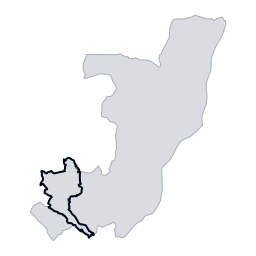 Niari on a map of Republic of the Congo (Albers equal-area conic projection)
{"feature_id": "COG-3345", "entity_name": "Niari", "entity_type": "Region", "adm_level": 1, "iso_a3": "COG", "parent_name": "Republic of the Congo", "parent_adm1": "", "projection": "albers", "projection_center": [12.665, -3.355], "detail": "fine", "context": "in_parent", "style": "outline", "palette": "ink", "viewbox_px": 256, "rotation_deg": 0, "n_neighbors": 0, "source": "natural_earth", "source_scale": "10m", "svg_char_len": 8227}
<svg xmlns="http://www.w3.org/2000/svg" viewBox="0 0 256 256"><path d="M30.3,212.4L31.8,208.4L33.0,206.5L34.3,205.2L40.0,202.1L40.8,202.2L44.7,206.3L45.9,206.6L47.3,206.5L48.9,206.6L49.7,205.8L49.8,204.8L48.7,203.6L48.5,202.3L49.3,201.0L49.8,199.4L51.0,197.6L51.1,196.8L49.8,195.9L47.2,194.5L45.4,193.1L44.7,191.8L45.2,190.2L46.7,188.8L46.6,188.1L45.3,186.9L44.4,185.6L43.4,184.8L40.8,184.3L41.3,182.5L42.3,180.0L42.5,178.0L41.8,172.8L41.8,171.9L42.5,171.4L44.1,172.0L45.7,172.8L50.0,171.7L51.5,171.5L52.7,172.5L54.5,173.2L64.4,171.1L64.6,168.9L65.2,166.9L65.2,165.4L64.8,164.5L64.3,163.7L64.0,162.3L64.0,160.7L65.0,159.9L68.1,158.0L69.1,158.1L71.3,159.1L73.4,160.7L75.3,164.2L76.5,167.1L78.6,170.7L82.9,172.1L88.1,173.0L90.9,172.8L94.8,169.8L97.1,167.4L97.8,166.1L99.2,166.8L100.6,169.9L101.6,171.1L101.8,172.3L101.2,173.7L101.8,174.6L104.6,175.3L107.0,174.7L108.1,173.4L109.9,171.7L110.0,170.4L109.0,169.4L109.0,168.2L110.0,167.2L111.0,164.5L111.3,162.6L112.3,161.3L114.1,160.5L114.8,159.7L115.8,155.0L115.3,153.4L115.3,152.0L116.4,150.2L116.6,147.3L115.5,135.8L117.3,126.6L117.2,125.5L115.9,124.0L114.3,122.7L110.2,121.7L108.7,120.0L107.5,118.2L106.6,117.6L102.2,116.9L101.2,115.8L101.6,112.9L102.0,108.6L101.8,105.6L102.6,103.2L103.5,101.4L105.5,99.5L106.6,97.2L107.1,96.6L110.9,96.3L112.2,95.3L113.3,94.4L113.8,93.1L115.0,91.0L116.2,89.5L116.3,88.5L116.1,87.2L115.0,84.5L113.6,82.3L112.8,81.5L111.1,76.3L109.6,75.0L106.6,74.4L101.0,73.8L97.6,74.7L92.5,76.4L86.0,78.3L84.4,78.2L83.8,77.4L84.8,76.7L85.3,75.1L84.6,72.8L83.6,70.7L83.1,67.8L83.3,64.2L84.3,60.7L86.3,56.3L86.5,54.5L99.0,54.6L112.4,54.6L117.6,54.7L120.0,53.6L122.4,55.3L123.5,55.7L123.9,55.6L124.8,56.8L127.8,56.7L128.2,56.9L128.5,58.4L131.2,58.4L132.5,58.7L133.6,58.7L135.2,57.8L136.3,58.1L138.4,59.2L139.8,60.2L141.9,59.9L146.7,60.1L150.4,61.0L154.0,63.6L156.4,65.0L158.6,67.2L159.4,66.8L160.6,66.0L160.6,64.1L159.4,61.0L158.9,58.3L159.2,56.1L160.1,54.5L161.7,53.5L161.9,51.8L169.4,37.3L169.2,35.7L169.4,33.2L169.7,30.4L169.7,28.7L170.2,27.6L172.1,21.0L173.2,20.0L174.8,19.2L177.2,19.2L183.4,18.7L189.3,17.6L191.2,17.1L194.8,15.4L196.2,15.4L197.4,16.0L204.5,18.1L206.4,18.9L207.1,18.7L208.2,18.9L209.8,19.0L211.4,18.7L212.4,19.0L213.7,20.3L214.6,20.2L215.7,19.2L217.8,18.2L221.9,17.2L222.6,17.7L224.0,20.1L225.5,20.9L225.7,25.4L222.3,35.2L214.9,48.3L211.2,58.7L211.2,66.3L210.7,71.1L209.5,74.0L206.6,81.9L206.2,88.7L207.1,97.0L206.1,104.8L203.1,112.2L201.8,118.1L202.5,125.1L197.0,131.0L190.1,136.8L185.7,138.5L182.2,140.4L179.7,142.6L177.1,146.5L173.0,154.9L170.8,158.6L168.0,161.7L163.9,165.5L162.3,167.3L161.7,169.9L162.0,174.8L162.3,189.5L160.4,200.7L156.3,208.6L153.3,212.9L150.2,214.3L146.2,215.4L144.3,216.9L143.1,219.1L140.9,221.0L137.5,222.6L133.4,226.6L128.3,232.9L124.9,236.6L123.0,237.5L121.1,237.6L119.1,236.8L117.5,236.7L116.6,237.1L115.3,236.2L115.3,234.7L115.1,232.3L114.2,229.8L116.3,226.3L116.2,225.5L115.1,224.2L114.0,222.3L112.9,222.5L110.6,223.9L108.2,225.0L105.9,225.4L103.2,227.1L101.6,227.1L100.8,226.5L98.9,225.8L97.9,226.0L97.3,226.4L96.9,230.6L96.5,232.4L95.9,233.3L93.1,234.2L91.2,235.5L89.5,236.3L88.5,236.1L84.4,232.9L82.3,230.2L81.0,230.2L80.6,231.0L80.0,230.6L78.0,228.9L75.7,226.1L74.8,225.7L73.5,225.7L71.5,226.7L69.5,228.3L65.8,229.8L62.8,230.6L62.5,231.6L61.8,233.4L60.8,234.4L58.1,234.8L57.2,236.3L54.8,239.3L53.3,240.6L52.9,240.1L52.0,239.3L50.1,237.0L48.2,234.2L47.7,232.9L47.2,232.1L47.1,229.2L44.2,225.8L37.1,219.8L36.3,217.9L30.3,212.4Z" fill="#d9dde1" stroke="#a8b0b8" stroke-width="1"/><path d="M88.9,237.5L88.4,236.4L88.2,235.5L88.1,235.2L87.8,235.0L87.4,234.7L85.9,234.2L85.4,233.9L84.2,232.8L83.5,232.4L83.2,232.1L82.9,231.3L82.4,230.6L82.2,230.2L81.7,229.5L81.0,229.6L80.6,230.2L80.7,231.0L79.5,230.4L77.8,228.4L76.7,227.6L76.2,227.0L75.8,225.8L75.4,225.2L75.0,225.0L74.7,225.0L74.4,225.2L74.0,225.3L73.6,225.2L73.1,224.9L73.0,224.6L72.3,223.9L71.8,223.5L71.5,223.4L71.1,223.2L70.9,223.1L70.7,223.1L69.0,223.2L68.8,223.2L68.6,223.1L68.4,223.0L68.1,222.8L67.2,221.6L67.0,221.2L67.0,220.8L67.0,220.6L67.2,219.3L67.2,219.2L67.0,218.7L66.7,218.3L64.6,215.8L64.3,215.6L64.0,215.5L63.2,215.3L63.0,215.2L62.9,215.0L62.9,214.8L63.0,214.7L62.9,214.5L62.8,214.4L62.5,214.2L61.9,214.0L61.6,214.0L61.1,213.9L60.5,213.7L59.8,213.6L59.0,213.3L58.5,213.2L58.3,213.2L58.2,212.9L58.3,212.6L58.2,212.4L57.7,212.1L57.2,211.8L56.4,211.6L55.6,211.5L55.3,211.4L54.4,211.1L50.9,208.5L50.2,208.1L49.6,208.1L49.4,207.9L49.2,207.8L48.7,207.0L49.1,206.8L49.7,206.4L50.2,205.8L50.4,205.3L50.2,204.7L49.7,204.4L49.1,204.2L48.5,203.9L48.3,203.4L48.3,202.8L49.8,199.3L50.2,198.6L51.3,197.8L51.6,197.2L51.4,196.4L50.4,195.9L49.1,195.6L48.2,195.2L47.1,194.3L46.6,194.0L45.1,193.3L44.9,193.2L44.7,193.0L44.6,192.9L44.7,192.7L44.7,190.9L44.8,190.5L45.2,189.8L45.5,189.7L45.8,189.7L46.4,189.6L47.1,189.2L47.1,188.7L46.7,188.1L44.7,186.0L43.8,184.7L43.4,184.2L42.9,184.0L42.1,184.2L41.1,185.0L40.6,185.1L40.5,184.5L40.7,183.5L40.8,183.3L42.7,180.2L42.9,179.5L43.0,179.0L43.0,178.4L42.9,177.8L42.7,177.2L42.0,176.1L41.8,175.6L41.8,175.1L42.0,173.7L41.9,173.1L41.3,171.6L41.5,171.1L42.5,171.1L43.9,171.5L44.2,171.7L44.4,171.9L44.5,172.1L44.7,172.3L45.6,173.0L46.0,173.3L46.5,173.3L46.9,173.1L47.8,172.2L48.3,172.0L49.3,171.8L50.4,171.5L51.2,171.1L51.5,171.2L51.9,171.6L52.8,172.7L53.6,173.2L54.4,173.3L64.7,171.1L64.4,170.5L64.6,169.7L65.0,168.8L65.1,168.0L65.0,167.0L65.0,166.6L65.2,166.2L65.7,165.4L65.8,165.0L64.8,164.5L64.2,163.7L64.0,162.6L63.8,159.8L63.9,159.5L64.2,159.6L64.5,159.9L65.0,160.4L65.4,160.6L65.8,160.4L65.9,160.1L65.9,159.8L65.9,159.6L66.1,159.3L66.2,159.1L66.4,159.0L67.7,158.1L67.9,158.0L69.2,158.0L70.3,158.4L72.0,159.7L73.3,160.1L73.7,160.4L74.0,161.0L74.6,162.9L74.8,163.5L75.0,163.7L75.4,164.1L75.5,164.2L75.6,164.8L75.5,165.1L76.1,165.4L76.0,165.5L75.9,165.7L75.9,165.8L75.8,166.0L75.7,166.2L75.8,166.3L76.1,166.7L76.2,166.9L76.3,167.1L76.4,167.6L76.7,167.6L77.4,167.3L77.6,167.5L78.1,168.3L78.3,168.6L78.5,169.3L78.5,169.5L78.9,169.7L79.0,169.7L79.1,170.0L78.8,170.2L78.7,170.4L78.6,170.7L78.6,170.9L78.5,171.2L78.4,171.4L78.3,171.6L78.0,171.8L77.9,172.0L78.0,172.2L78.3,172.2L78.6,171.9L78.8,172.1L79.0,172.2L79.1,172.3L79.3,172.2L79.5,172.1L79.9,172.0L80.0,172.1L80.1,172.3L80.1,172.6L79.9,173.7L79.8,178.2L80.1,181.9L80.2,182.3L80.7,183.5L80.7,183.9L80.4,184.0L80.0,184.0L79.8,184.1L79.5,184.4L79.3,184.5L78.9,184.7L78.8,184.8L78.7,184.9L78.7,185.1L78.8,185.2L79.0,185.6L79.1,186.0L79.3,186.3L80.0,186.6L80.4,186.6L80.6,186.6L81.7,187.6L81.9,187.8L82.1,188.0L82.1,188.4L82.1,188.6L81.8,189.4L81.5,190.6L81.6,192.2L81.5,192.4L81.3,192.8L80.4,193.7L79.6,194.1L79.4,194.3L79.1,194.6L78.7,194.8L78.4,194.8L77.8,195.1L77.6,195.1L77.4,195.1L77.0,195.0L76.9,195.0L76.7,195.2L76.8,195.9L76.7,196.1L76.3,196.1L76.2,195.9L75.8,196.0L75.4,196.2L75.2,196.3L74.9,196.3L74.6,196.1L74.3,196.1L74.1,196.1L73.9,196.1L73.3,196.3L73.2,196.4L72.9,196.4L72.1,196.3L71.8,196.3L71.6,196.3L71.3,196.4L70.9,196.7L70.6,196.9L70.4,197.0L70.2,197.2L70.2,197.3L69.9,198.4L69.8,198.9L69.7,198.9L69.6,199.0L69.4,199.1L68.9,199.1L68.7,199.2L68.5,199.3L68.5,199.6L68.8,199.9L68.6,200.2L68.6,200.4L68.9,200.4L69.0,200.6L69.1,200.8L69.1,201.0L69.3,201.3L69.5,201.3L69.9,201.4L69.9,202.2L69.2,202.8L69.0,203.1L68.9,203.3L68.9,203.5L68.8,203.8L68.8,204.2L69.1,205.6L69.4,206.3L69.4,206.5L69.2,206.9L69.2,207.3L69.2,207.5L69.5,208.2L69.5,208.4L69.3,208.5L69.1,208.6L68.8,208.9L68.7,209.2L68.5,209.6L68.6,209.8L69.5,210.4L69.9,210.7L70.1,210.9L70.7,211.7L71.6,213.3L73.0,214.9L73.2,215.0L74.4,215.9L74.9,216.5L75.2,216.9L75.7,217.9L76.6,219.2L78.5,222.8L78.7,223.2L78.8,223.2L79.0,223.2L79.2,223.4L79.5,223.5L79.9,224.0L80.2,224.2L80.4,224.3L80.8,224.3L81.3,224.4L81.5,224.4L81.9,224.3L82.0,224.4L82.2,224.5L82.4,224.6L82.6,224.6L83.0,224.6L83.6,224.7L83.8,224.8L84.0,224.8L84.5,225.0L85.0,225.0L85.4,225.2L85.9,225.7L87.0,227.3L87.2,227.8L87.4,228.1L87.6,228.5L87.9,228.9L88.2,229.3L88.4,229.5L88.6,229.8L88.6,230.0L88.7,230.4L88.8,230.7L88.9,230.9L89.1,231.0L89.5,231.1L91.6,232.4L92.6,232.9L93.1,233.2L93.3,233.4L93.5,233.6L93.6,233.8L93.6,234.0L93.8,234.8L93.5,235.0L93.2,234.8L92.7,234.3L92.4,234.1L92.1,234.2L91.3,234.7L91.5,234.9L91.6,235.1L91.5,235.3L91.3,235.5L89.9,236.5L89.2,237.3L88.9,237.5Z" fill="none" stroke="#020617" stroke-width="2"/></svg>